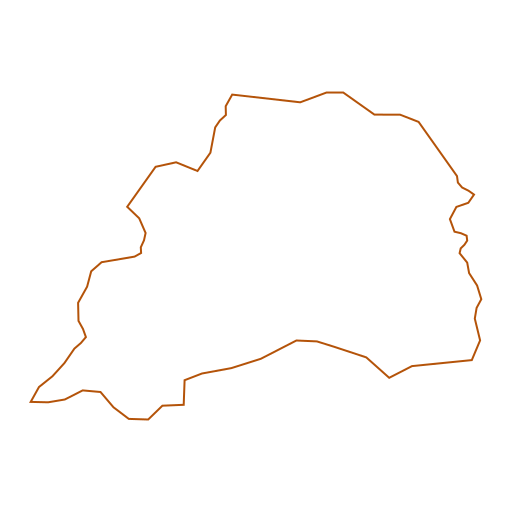 an SVG outline of Mubende
{"feature_id": "UGA-3093", "entity_name": "Mubende", "entity_type": "District", "adm_level": 1, "iso_a3": "UGA", "parent_name": "Uganda", "parent_adm1": "", "projection": "orthographic", "projection_center": [31.514, 0.518], "detail": "fine", "context": "isolated", "style": "outline", "palette": "amber", "viewbox_px": 512, "rotation_deg": 0, "n_neighbors": 0, "source": "natural_earth", "source_scale": "10m", "svg_char_len": 1045}
<svg xmlns="http://www.w3.org/2000/svg" viewBox="0 0 512 512"><path d="M197.5,171.0L210.4,152.7L215.2,127.4L219.9,120.5L225.9,115.0L225.7,106.2L232.2,94.6L300.2,102.3L326.6,92.5L343.2,92.5L374.4,114.6L400.1,114.7L418.6,121.9L457.0,176.1L457.9,182.6L462.1,187.5L468.5,190.7L474.0,194.6L468.3,202.8L456.4,206.9L449.9,219.1L454.5,231.7L460.9,233.2L466.6,235.7L467.2,240.6L464.4,244.8L460.7,248.4L459.6,253.2L467.2,262.6L469.1,273.1L477.1,285.5L481.3,299.2L476.6,307.9L474.8,318.6L480.1,340.4L471.8,360.1L412.0,366.1L389.2,377.8L366.3,357.4L334.2,346.8L316.9,341.4L296.4,340.5L260.8,358.8L231.4,368.1L202.0,373.5L184.6,380.2L183.7,404.8L162.4,405.7L148.2,419.5L128.8,418.9L113.5,407.3L100.5,392.0L82.7,390.4L64.8,399.5L48.1,402.3L30.7,401.9L39.0,387.0L52.4,376.3L64.4,363.1L74.4,348.6L80.9,343.0L85.9,337.1L83.0,329.0L78.5,320.9L78.1,302.8L87.1,286.7L91.2,271.3L101.6,262.2L134.6,256.6L141.1,253.0L140.8,247.3L144.0,240.3L145.6,233.0L139.2,218.3L127.2,206.8L155.6,166.8L176.1,162.3L197.5,171.0Z" fill="none" stroke="#b45309" stroke-width="2"/></svg>